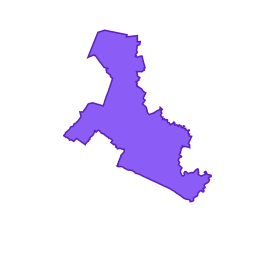 outline of Vinh Loi, Bạc Liêu, Vietnam, rotated 57°
{"feature_id": "81297802B93911642889100", "entity_name": "Vinh Loi", "entity_type": "district", "adm_level": 2, "iso_a3": "VNM", "parent_name": "Vietnam", "parent_adm1": "Bạc Liêu", "projection": "robinson", "projection_center": [105.726, 9.343], "detail": "fine", "context": "isolated", "style": "filled", "palette": "violet", "viewbox_px": 256, "rotation_deg": 57, "n_neighbors": 0, "source": "geoboundaries", "source_scale": "gbopen_adm2", "svg_char_len": 5766}
<svg xmlns="http://www.w3.org/2000/svg" viewBox="0 0 256 256"><g transform="rotate(57 128 128)"><path d="M194.7,130.3L201.8,125.8L203.9,124.9L206.1,123.7L209.3,122.7L211.4,121.6L213.7,120.6L217.6,119.3L219.4,118.0L220.9,116.2L221.6,115.6L222.6,115.6L223.7,116.0L224.5,113.6L224.6,112.7L224.1,112.1L223.3,111.7L222.9,111.5L222.6,110.9L222.4,109.8L222.7,107.7L222.7,106.8L222.3,106.2L221.2,105.3L220.8,104.8L220.0,101.7L220.1,101.2L220.5,100.8L222.4,100.1L222.6,99.6L222.5,99.0L222.2,98.7L221.8,98.3L221.1,98.3L220.3,98.4L219.9,98.3L219.7,97.8L220.1,96.6L220.1,96.1L219.9,95.7L219.6,95.6L218.1,95.7L217.8,95.5L217.5,95.2L217.1,94.3L217.0,93.7L217.3,91.3L217.0,89.8L216.4,88.5L215.9,87.9L215.3,87.7L214.1,88.0L213.8,87.9L213.6,87.7L213.4,87.1L213.5,86.8L213.9,85.5L214.0,84.9L213.9,84.6L213.6,84.3L212.9,84.2L211.9,84.8L210.9,86.1L210.3,86.7L209.3,86.7L207.3,86.4L206.9,86.5L206.5,86.9L206.5,87.8L206.8,88.2L207.4,88.2L208.2,87.7L208.5,87.7L208.9,87.8L209.0,88.2L208.3,92.3L208.0,92.8L207.3,93.4L205.5,94.2L205.0,94.3L204.6,94.1L204.1,93.1L203.8,92.8L202.6,92.6L200.8,91.6L200.5,91.6L200.2,91.9L200.1,92.3L200.1,94.0L201.0,97.0L201.0,97.6L199.8,99.2L199.6,99.7L199.3,101.6L199.0,102.3L198.5,102.6L196.2,103.1L195.9,103.4L195.6,103.9L195.7,104.8L196.2,105.4L196.9,105.9L197.9,106.1L198.3,106.7L198.3,107.7L198.1,108.1L197.5,108.6L194.8,108.3L193.3,107.9L192.8,107.5L191.9,106.6L191.0,104.7L190.6,104.4L188.4,105.1L186.6,105.4L186.0,105.2L185.1,103.7L184.9,103.5L183.5,103.6L182.8,103.4L181.9,102.6L181.3,101.9L181.0,101.3L181.0,100.7L181.4,99.5L181.4,99.0L181.1,98.7L180.4,98.7L179.0,99.4L178.2,99.5L177.6,98.3L177.5,97.5L176.5,97.2L176.0,96.2L175.4,95.6L174.8,95.2L174.5,94.4L173.6,94.1L173.6,93.9L173.9,93.1L173.8,92.3L172.8,92.3L177.2,87.5L178.1,87.0L175.6,85.5L175.0,85.7L174.3,85.5L173.8,85.7L169.7,79.2L167.9,81.0L166.9,80.4L166.5,79.8L166.1,80.4L165.6,80.6L164.1,79.5L163.7,79.0L163.5,78.0L163.4,77.8L163.1,77.7L162.8,77.9L162.7,78.1L162.7,78.5L163.0,79.0L162.9,79.4L162.3,79.6L161.5,80.0L160.7,80.7L160.5,80.8L160.2,80.6L160.0,80.0L159.8,79.9L159.2,80.3L159.2,80.8L159.0,81.1L158.2,81.4L157.3,80.5L157.1,79.7L156.7,79.9L156.5,80.1L156.4,80.4L157.3,81.8L157.0,82.8L156.8,82.9L156.3,82.9L155.0,82.3L154.1,83.1L153.5,83.1L153.4,83.3L153.3,84.0L154.0,84.5L154.1,84.8L153.5,85.1L152.6,85.0L152.3,85.1L151.7,85.7L151.3,86.8L150.9,87.3L150.4,87.4L150.1,87.2L149.9,87.0L149.8,86.3L149.6,86.0L148.9,86.3L148.0,86.3L148.0,86.8L148.4,87.6L148.5,88.1L148.5,89.0L148.2,89.8L148.4,90.5L148.3,90.8L148.2,90.9L147.6,91.0L146.8,90.6L145.9,90.6L145.3,91.5L144.9,91.7L144.0,91.5L143.7,91.1L142.6,90.5L141.8,91.4L141.7,92.5L140.1,92.4L139.6,94.3L137.8,92.9L137.6,93.6L135.1,93.7L134.6,93.4L134.4,93.0L134.2,92.2L134.0,91.7L133.4,91.4L132.4,91.6L131.9,91.3L131.1,89.6L131.1,89.1L128.2,89.8L130.0,91.3L129.4,93.9L129.4,97.6L129.5,98.6L129.4,98.9L129.2,98.9L128.3,102.9L126.9,103.3L125.9,103.2L124.8,103.0L123.2,102.2L122.1,102.2L121.2,101.6L120.0,101.7L119.8,101.5L115.8,102.8L114.0,98.5L112.4,99.1L112.0,99.1L111.0,98.6L108.2,94.0L106.5,95.0L106.2,94.9L105.2,95.3L103.2,95.2L102.5,95.3L100.3,96.4L99.5,96.6L99.7,96.9L97.7,97.8L97.5,97.2L97.2,97.3L97.0,97.0L96.3,97.3L95.4,95.8L93.7,96.2L93.8,92.9L93.7,92.7L93.1,92.6L93.0,92.1L92.3,90.7L91.4,90.9L90.2,91.6L88.9,91.6L88.6,91.5L88.5,91.2L88.3,91.1L86.9,90.8L86.5,90.0L85.5,90.0L87.7,86.4L88.1,86.4L88.3,85.8L88.4,84.9L88.1,83.8L88.4,82.7L86.7,82.1L86.8,80.9L77.6,78.0L76.3,77.3L76.1,77.4L75.2,77.1L75.0,77.3L74.3,79.2L74.1,80.4L73.7,81.5L72.2,82.8L71.8,81.7L70.8,82.0L70.2,80.7L69.6,78.9L67.9,78.7L66.8,78.0L65.6,76.7L64.0,75.5L63.9,75.2L64.5,72.8L63.4,71.8L62.6,70.7L62.2,70.5L60.8,73.2L57.3,70.9L55.6,69.9L52.8,75.6L50.6,79.7L49.3,78.0L33.1,94.6L33.1,95.0L31.4,101.1L47.0,123.2L47.2,121.3L47.5,120.3L47.8,118.5L47.8,117.4L48.0,117.0L48.9,116.8L49.0,116.5L48.9,116.2L49.0,116.0L51.1,115.8L56.5,115.6L64.3,115.0L66.9,112.7L66.9,113.2L67.2,114.1L67.3,114.8L68.3,114.8L69.8,115.6L71.7,114.7L72.6,114.5L73.7,113.9L74.0,113.9L74.5,114.4L74.7,114.5L75.7,114.6L77.0,114.4L77.7,113.8L79.4,115.6L87.0,125.1L89.2,128.3L92.8,132.9L94.5,134.8L95.9,136.8L87.5,144.1L86.3,147.8L86.3,148.4L86.4,148.9L86.9,149.7L87.2,150.5L88.1,152.1L88.2,152.7L88.9,154.1L89.3,155.5L90.0,156.7L89.9,157.3L88.3,159.6L92.9,161.2L93.4,162.1L94.9,166.4L95.2,168.4L95.5,168.8L95.5,169.9L95.2,170.3L95.2,171.0L95.5,171.4L96.3,172.2L96.4,172.5L96.4,173.0L96.5,173.8L95.9,175.0L96.0,175.6L96.3,176.4L97.0,177.1L97.4,178.4L97.4,179.2L97.6,179.8L97.6,180.9L97.9,182.7L98.0,183.1L98.6,183.6L98.9,184.1L99.1,185.2L99.3,186.0L99.5,186.1L102.2,185.0L103.0,184.0L103.7,184.0L104.3,183.6L104.9,183.4L106.3,183.7L106.9,182.1L107.1,181.9L109.7,180.8L108.8,176.8L118.7,172.9L118.2,172.3L117.9,171.2L117.8,170.6L117.3,169.6L117.5,168.5L117.0,168.0L116.9,167.3L116.5,167.0L116.6,166.1L115.5,165.2L115.3,164.4L115.0,164.0L115.1,162.6L114.9,161.3L114.5,160.3L112.0,157.2L112.9,156.9L114.1,157.1L113.6,154.6L113.7,154.2L114.2,153.6L117.9,153.1L118.3,152.6L119.0,152.3L119.6,151.5L120.1,151.6L121.0,151.2L122.0,151.1L123.1,150.5L124.0,150.3L125.1,149.5L126.3,149.6L127.2,148.6L128.9,148.0L130.0,147.8L130.8,150.2L134.1,149.1L134.0,148.5L136.2,147.5L136.4,147.9L137.2,147.8L137.3,148.7L138.7,148.1L139.6,148.1L139.9,148.0L140.2,146.7L141.1,145.2L141.4,145.0L141.9,145.0L142.8,144.1L143.0,143.9L143.2,143.0L144.0,142.9L144.9,143.6L145.6,143.9L146.1,144.8L146.8,147.6L147.4,149.3L147.7,149.3L147.9,149.5L152.5,156.0L152.6,155.9L153.2,156.6L153.6,156.3L153.9,156.7L153.7,156.9L153.7,157.9L154.4,157.7L154.9,157.4L155.3,157.0L156.3,155.2L157.5,153.8L158.1,153.5L159.9,152.9L161.1,152.0L162.3,151.5L163.3,150.7L165.1,148.5L166.7,147.2L167.8,146.7L169.7,146.4L170.3,146.1L172.4,144.1L173.1,143.6L176.8,141.5L190.6,132.8L194.7,130.3Z" fill="#8b5cf6" stroke="#5b21b6" stroke-width="1.5"/></g></svg>